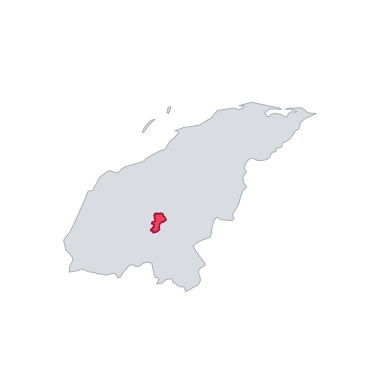 location of Cedros, Francisco Morazán, Honduras, rotated 333°
{"feature_id": "27666195B52498637855734", "entity_name": "Cedros", "entity_type": "district", "adm_level": 2, "iso_a3": "HND", "parent_name": "Honduras", "parent_adm1": "Francisco Morazán", "projection": "albers", "projection_center": [-87.205, 14.525], "detail": "fine", "context": "in_parent", "style": "filled", "palette": "rose", "viewbox_px": 384, "rotation_deg": 333, "n_neighbors": 0, "source": "geoboundaries", "source_scale": "gbopen_adm2", "svg_char_len": 5790}
<svg xmlns="http://www.w3.org/2000/svg" viewBox="0 0 384 384"><g transform="rotate(333 192 192)"><path d="M337.8,178.4L325.7,177.9L320.0,179.5L317.6,182.9L315.5,184.5L313.7,184.1L310.1,185.5L304.6,188.6L299.7,189.8L295.3,189.2L294.0,189.9L293.7,190.9L293.1,191.9L291.4,192.4L289.4,192.2L287.2,191.1L286.0,191.6L285.9,193.6L284.7,194.1L282.5,193.2L280.0,193.9L277.2,196.3L273.2,196.9L268.1,195.6L264.1,193.1L261.3,189.4L257.9,188.4L252.1,191.3L249.7,194.6L249.2,196.6L249.8,198.4L248.7,199.6L246.0,200.2L243.9,202.4L242.5,206.3L242.3,209.2L243.2,211.3L241.8,212.8L238.2,213.8L234.1,217.2L229.2,222.8L224.4,226.7L219.6,229.0L217.3,231.5L217.5,234.2L217.2,235.0L216.3,235.4L214.7,235.7L205.4,229.9L202.7,225.8L200.4,226.4L197.5,228.5L193.4,233.2L189.0,239.5L186.9,240.2L175.8,239.3L170.0,239.9L168.8,240.7L168.3,243.0L168.6,246.1L170.2,257.2L171.2,261.7L170.3,263.1L167.3,263.4L163.5,264.0L161.3,266.1L160.8,268.3L160.6,271.3L159.4,274.4L157.0,276.6L154.7,277.4L141.5,278.0L141.7,272.9L137.9,270.8L135.8,266.5L133.9,263.6L134.5,261.9L134.3,259.8L129.0,258.2L124.0,259.5L121.1,258.6L119.0,257.5L122.6,255.0L122.9,253.5L121.7,252.4L120.5,251.6L120.9,248.7L121.6,245.4L123.7,237.5L122.9,236.1L119.6,233.7L115.3,233.4L110.7,234.2L108.4,232.9L106.5,230.2L103.1,228.9L97.2,231.0L91.0,234.3L89.0,235.5L87.5,235.3L86.8,232.8L86.5,229.9L86.1,229.2L82.8,228.2L78.9,227.4L76.9,226.6L75.0,224.6L70.4,222.0L69.4,220.1L63.2,215.8L61.9,213.6L60.5,212.0L57.6,210.0L55.2,210.5L47.4,207.9L46.2,207.7L47.3,205.5L49.8,202.2L55.2,198.5L55.7,195.5L54.4,189.6L53.0,185.9L53.8,184.2L55.5,177.4L56.8,175.9L64.6,172.5L65.4,172.0L71.6,167.3L78.4,162.0L85.5,156.2L93.5,149.7L97.8,145.9L99.9,144.2L104.4,145.6L108.0,142.5L110.1,141.5L114.9,137.8L116.4,137.0L124.5,135.5L128.4,135.5L131.9,139.3L134.6,141.4L139.7,139.6L144.0,139.2L161.7,142.7L168.7,141.1L181.6,140.8L187.5,141.6L195.6,136.6L200.9,135.6L207.1,133.3L206.2,130.9L204.8,129.8L214.2,130.8L228.3,135.7L243.2,134.7L248.6,132.0L252.1,131.1L267.4,136.2L271.5,140.1L274.7,140.4L277.1,139.5L277.8,138.7L274.7,137.8L273.4,136.6L285.5,138.9L308.5,157.3L309.0,158.8L299.2,153.4L294.0,153.9L292.7,154.9L293.0,157.9L293.5,159.3L295.7,159.4L297.4,158.6L301.4,159.5L304.1,161.5L307.4,164.5L309.3,167.8L311.4,167.9L313.5,165.8L317.3,165.5L319.9,167.7L321.7,167.6L319.1,164.1L313.2,160.7L314.6,160.6L327.7,166.6L331.5,174.4L334.6,176.1L337.8,178.4ZM184.4,112.7L176.9,116.5L174.6,116.5L178.0,113.5L183.5,111.0L188.2,109.7L192.1,110.3L184.4,112.7ZM210.0,108.6L206.4,111.4L205.8,110.1L207.5,107.5L209.6,106.0L211.7,106.1L211.2,107.3L210.0,108.6Z" fill="#d9dde1" stroke="#a8b0b8" stroke-width="1"/><path d="M139.3,209.3L138.8,210.6L139.0,210.8L139.3,210.8L139.5,210.9L139.8,210.8L140.0,210.7L140.4,210.8L140.7,211.1L142.0,211.6L142.4,211.0L142.9,211.3L143.9,211.3L144.3,211.1L145.1,211.1L145.7,210.8L146.2,210.4L146.2,209.6L146.6,209.4L146.6,209.2L146.6,208.8L146.7,208.7L146.7,208.4L146.8,208.3L146.8,208.2L147.0,208.0L147.0,207.9L147.0,207.7L147.3,207.5L147.4,207.4L147.5,207.3L147.5,207.2L147.8,206.9L149.4,205.5L149.8,205.3L150.0,205.3L150.3,205.3L150.5,205.3L150.8,205.4L151.0,205.3L151.3,205.4L151.6,205.3L151.8,205.4L151.9,205.5L152.0,205.5L152.3,205.6L152.5,205.6L152.8,205.6L153.1,205.6L153.2,205.4L153.3,205.4L153.5,205.3L153.8,205.3L154.0,205.4L154.1,205.5L154.2,205.4L154.3,205.4L154.6,205.4L154.8,205.4L155.2,205.3L155.3,205.3L155.4,205.2L155.5,205.2L156.4,205.0L156.3,204.1L156.3,201.7L156.0,201.2L155.9,201.1L155.8,200.9L155.7,200.8L155.6,200.7L155.7,200.4L155.8,200.2L155.9,199.9L155.9,199.7L156.0,199.7L155.9,199.7L156.0,199.6L156.0,199.4L156.0,199.2L156.0,198.9L155.9,198.8L155.8,198.7L155.8,198.4L155.8,198.2L155.7,198.2L155.5,197.9L155.5,197.7L155.4,197.6L155.4,197.4L155.2,197.4L155.0,197.1L154.9,197.1L154.8,196.9L154.6,196.8L154.5,196.7L154.2,196.9L153.9,196.8L153.9,196.7L153.6,196.6L153.3,196.4L153.2,196.4L153.1,196.2L153.0,196.3L152.8,196.4L152.7,196.3L152.6,196.2L152.4,196.1L152.2,196.0L151.9,196.2L151.6,196.0L151.6,195.9L151.5,196.0L151.4,196.0L151.2,196.0L151.1,195.9L151.0,195.7L150.9,195.7L151.0,195.4L150.9,195.3L150.7,195.2L150.6,195.3L150.4,195.1L150.3,194.9L150.2,194.8L150.1,194.7L149.9,194.5L149.9,194.4L149.8,194.2L149.7,194.2L149.6,194.4L149.4,194.5L149.1,194.8L149.0,195.1L148.8,195.0L148.6,194.8L148.4,194.9L148.3,195.0L148.2,195.2L147.7,195.6L147.4,195.9L147.4,196.0L147.5,196.1L147.4,196.1L147.4,196.3L147.4,196.5L147.5,196.5L147.6,196.9L147.5,197.0L147.4,197.3L147.2,197.5L147.0,197.8L146.9,197.9L146.8,198.0L146.7,198.1L146.8,198.2L146.8,198.3L147.0,198.4L147.0,198.5L146.9,198.5L146.8,198.8L146.7,198.9L146.7,199.1L146.8,199.2L146.8,199.3L146.7,199.4L146.7,199.5L146.6,199.8L146.6,200.0L146.3,200.2L146.2,200.3L146.3,201.3L145.7,201.2L144.4,201.1L144.2,201.0L143.9,201.1L143.5,201.2L143.4,201.1L143.3,200.9L143.2,200.9L143.0,201.0L142.8,200.9L142.7,201.0L142.3,201.1L142.2,201.1L142.1,201.3L142.3,201.5L142.3,201.8L142.3,202.1L142.1,202.1L141.9,202.2L141.9,202.3L142.0,202.3L142.4,202.4L142.6,202.5L142.8,202.8L142.7,202.8L142.7,203.0L142.9,203.3L143.0,203.3L143.3,203.4L143.3,203.5L143.4,203.8L143.5,203.9L143.5,204.0L143.4,204.2L143.2,204.2L143.2,204.3L143.0,204.5L142.9,204.7L142.7,204.8L142.6,205.0L142.4,205.3L142.3,205.5L142.1,205.4L142.0,205.5L141.9,205.6L141.7,205.7L141.5,205.8L141.3,205.7L141.3,205.8L141.2,205.8L141.1,205.7L141.0,205.8L140.9,205.9L140.8,206.0L140.7,206.2L140.8,206.3L140.7,206.3L140.5,206.6L140.3,206.6L140.2,206.7L140.0,206.8L139.8,206.8L139.8,206.7L139.7,206.7L139.4,206.7L139.2,206.5L139.0,206.4L138.9,206.4L138.6,206.5L138.4,206.6L138.4,206.8L138.4,207.0L138.5,207.4L138.4,207.5L138.2,207.7L137.8,207.8L137.7,207.8L137.7,208.0L137.9,208.1L138.1,208.1L138.3,208.2L138.6,208.2L138.8,208.3L138.8,208.6L139.0,208.9L139.3,209.1L139.3,209.3Z" fill="#f43f5e" stroke="#9f1239" stroke-width="1.5"/></g></svg>